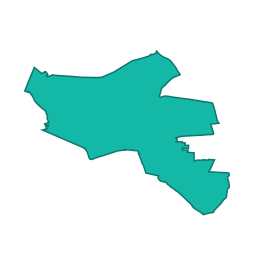 the district of Tytsjerksteradiel, Friesland, Netherlands, rotated 185°
{"feature_id": "6326949B88098552401635", "entity_name": "Tytsjerksteradiel", "entity_type": "district", "adm_level": 2, "iso_a3": "NLD", "parent_name": "Netherlands", "parent_adm1": "Friesland", "projection": "natural_earth1", "projection_center": [5.945, 53.205], "detail": "fine", "context": "isolated", "style": "filled", "palette": "teal", "viewbox_px": 256, "rotation_deg": 185, "n_neighbors": 0, "source": "geoboundaries", "source_scale": "gbopen_adm2", "svg_char_len": 5443}
<svg xmlns="http://www.w3.org/2000/svg" viewBox="0 0 256 256"><g transform="rotate(185 128 128)"><path d="M163.5,93.8L162.0,93.5L161.6,93.5L161.1,93.6L160.6,93.9L160.1,94.1L156.8,95.7L152.8,97.4L149.9,98.5L138.9,103.2L137.9,103.6L136.3,104.3L132.4,105.1L131.4,105.4L128.8,105.7L128.4,105.9L128.6,106.2L126.7,106.2L125.9,106.3L125.3,106.3L124.8,106.4L124.0,106.1L121.6,106.1L121.3,106.3L120.3,106.1L119.0,106.2L118.5,106.1L116.0,106.1L115.6,105.3L115.6,104.9L115.3,104.9L114.8,103.8L115.1,103.8L115.2,103.7L115.4,103.4L115.3,103.2L115.2,103.0L115.0,102.8L114.9,102.5L114.5,102.1L114.3,101.5L113.9,100.9L113.5,100.0L112.9,99.0L112.4,97.7L112.0,96.9L111.8,96.3L110.9,94.4L110.7,93.8L110.5,93.6L110.3,93.3L109.8,92.7L109.3,92.0L106.3,84.7L93.4,83.0L93.5,82.8L93.7,82.3L93.6,82.0L93.7,81.7L93.6,80.6L93.3,80.1L92.7,79.5L91.4,78.1L90.1,77.8L89.6,77.7L89.0,77.7L85.6,77.1L85.1,76.9L84.6,76.5L84.1,75.7L83.9,75.5L83.1,75.0L81.9,74.5L81.6,74.1L81.1,73.8L80.3,73.0L80.2,73.1L79.4,72.5L79.1,72.4L78.6,72.3L78.1,72.0L74.8,69.7L74.7,69.9L71.1,67.5L69.4,66.2L69.2,66.3L68.9,65.8L68.3,65.4L68.0,65.1L66.8,64.2L64.6,62.3L57.1,56.4L57.5,56.1L57.1,55.7L56.9,55.2L55.3,54.4L55.2,54.3L55.4,54.0L45.5,48.8L45.9,48.6L45.4,48.2L44.6,48.7L44.0,48.8L40.3,50.1L38.1,50.8L35.5,51.4L35.3,51.6L35.2,51.8L35.2,52.4L35.2,52.6L34.5,53.7L34.0,54.5L33.3,55.4L32.7,56.2L32.6,56.5L31.5,57.5L30.5,58.8L30.3,59.2L29.7,59.9L28.9,60.6L28.8,60.9L28.8,61.3L28.6,61.3L28.1,62.3L26.0,65.4L25.2,66.1L25.1,66.3L24.3,67.0L24.1,67.3L23.9,68.1L23.9,68.5L24.0,70.0L24.0,70.9L23.7,72.4L23.8,73.2L23.7,75.3L23.4,75.9L22.3,77.1L22.1,77.5L21.9,78.3L22.1,79.4L22.1,80.0L22.3,80.1L22.4,80.7L22.7,81.7L23.0,83.2L23.1,83.6L23.6,84.2L23.7,84.6L24.0,85.4L24.4,86.6L24.5,87.3L24.5,88.0L23.7,88.6L23.8,88.8L23.2,89.3L23.1,89.5L22.9,90.2L23.2,90.8L23.8,91.6L23.8,92.0L38.0,91.6L42.3,91.5L43.9,91.5L43.5,92.3L43.1,93.2L42.8,93.6L42.3,94.1L42.2,94.7L41.9,95.6L41.6,96.5L41.2,97.2L41.2,97.7L40.7,99.0L40.5,99.8L40.1,100.8L40.1,101.2L39.6,102.1L39.4,102.8L39.0,103.8L44.7,103.7L44.7,103.1L50.9,102.8L51.7,102.4L52.0,102.3L56.6,102.0L57.1,101.8L57.3,101.4L57.8,101.2L59.3,101.0L59.5,103.8L59.9,107.4L59.9,109.0L66.8,109.0L66.8,109.5L66.4,109.5L66.2,111.1L69.7,111.1L72.0,110.9L72.0,111.7L71.9,112.1L72.1,112.5L72.1,112.9L66.0,112.9L66.1,116.0L68.1,115.9L70.0,115.9L69.7,118.1L72.7,118.2L72.7,118.9L78.7,118.5L78.1,119.3L78.0,119.5L78.0,119.9L78.1,120.5L78.0,121.0L78.2,121.4L78.4,121.5L79.2,121.9L79.6,122.3L76.0,123.7L74.4,124.2L72.7,124.6L70.8,124.9L54.7,127.2L54.3,127.3L53.2,127.3L53.2,127.5L46.0,128.6L45.8,128.5L42.8,129.0L42.7,129.2L42.8,129.4L42.7,129.6L42.5,129.9L42.2,130.1L42.7,131.3L43.7,133.7L43.8,134.2L44.1,134.7L45.0,137.0L46.0,138.8L46.0,139.0L45.6,139.2L43.6,139.7L43.3,139.7L42.8,139.6L42.6,139.6L38.5,140.6L38.2,140.7L37.7,140.8L37.8,141.0L38.0,141.0L38.3,141.3L38.9,141.9L39.2,142.3L39.7,143.3L40.1,144.2L41.1,147.6L42.2,150.4L42.8,152.5L44.3,156.2L44.5,156.6L44.8,157.5L45.9,160.1L46.2,160.2L47.8,160.5L54.8,160.9L58.8,161.2L61.8,161.5L61.9,161.3L62.0,161.4L66.3,161.7L69.0,162.0L68.9,161.8L72.7,162.1L74.2,162.1L86.2,162.7L89.4,163.0L90.6,163.1L93.3,163.1L94.9,162.8L96.5,162.2L97.2,161.8L98.6,161.2L99.3,162.2L99.4,162.3L99.4,162.6L99.1,164.7L98.8,165.8L98.4,168.5L98.1,169.8L97.7,170.6L97.1,171.5L94.5,174.2L93.4,175.6L93.3,175.9L92.5,176.9L92.0,177.4L91.5,178.0L90.8,178.5L90.5,179.1L88.9,180.7L88.9,180.8L88.4,181.4L87.2,182.2L85.7,183.0L85.4,183.3L82.7,184.6L82.1,185.0L81.2,185.3L80.7,185.6L80.9,186.1L81.0,186.3L82.7,188.2L84.5,190.3L84.6,190.5L84.6,191.0L85.0,191.5L86.6,193.3L87.2,194.1L87.9,194.7L89.3,196.3L90.1,197.3L91.2,198.4L91.7,198.9L91.9,198.9L93.1,199.7L94.1,200.2L94.6,200.5L95.1,200.6L96.3,201.0L97.4,201.1L97.5,201.1L97.9,201.2L98.6,201.7L100.0,202.4L100.3,202.6L102.0,203.5L103.0,204.1L105.0,205.9L106.3,207.3L106.5,207.8L106.2,205.9L106.2,205.6L106.4,205.7L106.6,205.5L106.5,205.1L109.7,203.5L110.3,203.3L110.7,203.3L111.5,203.4L111.7,203.2L112.2,202.8L112.1,202.7L112.0,202.4L112.3,202.2L112.9,201.9L113.1,201.7L113.4,201.5L114.9,200.9L115.8,200.5L116.8,200.2L117.1,199.9L121.5,198.2L122.2,198.1L123.3,197.7L124.4,196.9L124.9,197.1L129.7,195.3L135.3,191.1L140.1,187.6L140.4,187.4L140.6,187.4L140.7,187.1L142.7,185.7L143.0,185.5L142.9,185.4L143.6,184.9L146.5,182.8L147.8,182.1L148.0,181.9L157.5,176.9L157.5,176.6L158.0,176.4L163.5,175.5L180.1,174.4L180.3,174.5L183.3,174.3L183.6,174.5L184.0,174.6L184.6,174.5L207.2,174.1L207.5,174.5L208.2,174.1L212.2,172.1L213.7,173.2L213.1,173.6L212.6,173.8L212.6,174.1L212.6,174.4L213.7,175.7L214.9,176.9L215.1,176.7L216.0,176.2L216.1,176.5L216.4,176.2L216.9,175.8L218.7,174.8L226.6,180.2L227.0,178.8L228.2,175.1L230.6,167.5L234.1,155.8L230.2,154.8L229.9,155.5L227.1,152.7L226.7,152.6L226.8,152.4L225.8,151.1L224.8,149.6L224.7,149.4L224.4,148.9L223.9,148.1L223.3,146.8L223.0,146.5L220.9,144.5L216.8,141.2L214.3,139.4L212.5,138.5L212.3,138.4L211.3,136.9L210.5,135.1L210.0,134.4L209.3,132.4L209.3,131.8L209.5,130.9L209.2,130.1L208.4,128.4L207.2,126.5L208.3,126.2L208.6,126.1L209.5,125.7L211.4,124.8L211.2,124.6L210.5,123.3L207.8,123.9L207.8,123.7L207.6,123.6L207.4,122.7L209.7,122.2L209.7,121.7L209.4,121.2L209.2,121.0L208.4,120.3L208.5,120.2L209.6,119.9L210.1,119.7L209.7,119.6L209.6,119.4L213.0,118.5L192.0,111.6L191.2,111.3L169.8,104.2L169.8,103.9L169.0,104.1L168.9,103.9L168.8,103.6L168.3,102.7L166.6,100.6L166.1,99.7L165.9,99.1L165.1,97.2L164.4,95.5L163.5,93.8Z" fill="#14b8a6" stroke="#0f766e" stroke-width="1.5"/></g></svg>